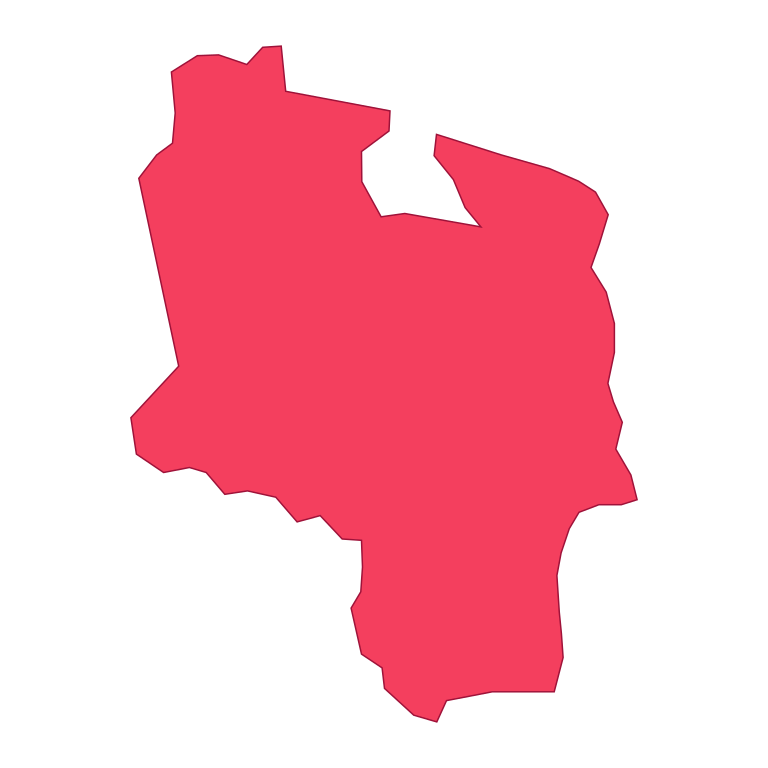 outline of Pareci Novo, Rio Grande do Sul, Brazil
{"feature_id": "56859067B29265026194414", "entity_name": "Pareci Novo", "entity_type": "district", "adm_level": 2, "iso_a3": "BRA", "parent_name": "Brazil", "parent_adm1": "Rio Grande do Sul", "projection": "natural_earth1", "projection_center": [-51.418, -29.613], "detail": "fine", "context": "isolated", "style": "filled", "palette": "rose", "viewbox_px": 768, "rotation_deg": 0, "n_neighbors": 0, "source": "geoboundaries", "source_scale": "gbopen_adm2", "svg_char_len": 989}
<svg xmlns="http://www.w3.org/2000/svg" viewBox="0 0 768 768"><path d="M563.1,657.5L561.4,633.6L559.3,612.3L556.9,575.5L561.1,552.9L569.3,528.6L579.0,512.3L598.9,504.7L621.3,504.7L637.1,499.7L630.9,475.0L615.8,449.1L622.3,422.3L613.4,401.8L607.9,383.4L614.4,352.4L614.4,323.5L606.2,292.1L591.0,267.5L599.3,244.0L608.2,214.7L595.5,192.1L578.6,181.2L549.7,168.7L501.2,154.9L436.5,134.4L434.1,155.7L453.4,179.6L465.1,207.6L480.9,226.9L404.8,213.5L381.1,216.8L361.8,181.7L361.5,151.5L389.0,131.0L390.0,110.9L285.7,91.3L281.2,46.1L262.7,47.3L246.8,64.5L218.6,54.9L197.3,55.7L171.4,72.0L175.2,113.0L172.5,143.2L156.7,154.9L138.8,178.3L178.7,366.2L130.9,417.7L136.4,454.1L163.6,472.5L189.4,467.5L206.2,472.5L224.8,494.3L247.5,490.9L275.8,497.2L297.1,521.9L320.2,515.6L342.2,539.0L361.5,540.3L362.5,567.1L360.8,591.8L351.1,608.1L361.5,654.1L382.1,667.9L384.5,688.4L413.8,715.2L436.8,721.9L446.5,700.6L492.2,691.8L554.2,691.8L563.1,657.5Z" fill="#f43f5e" stroke="#9f1239" stroke-width="1.5"/></svg>